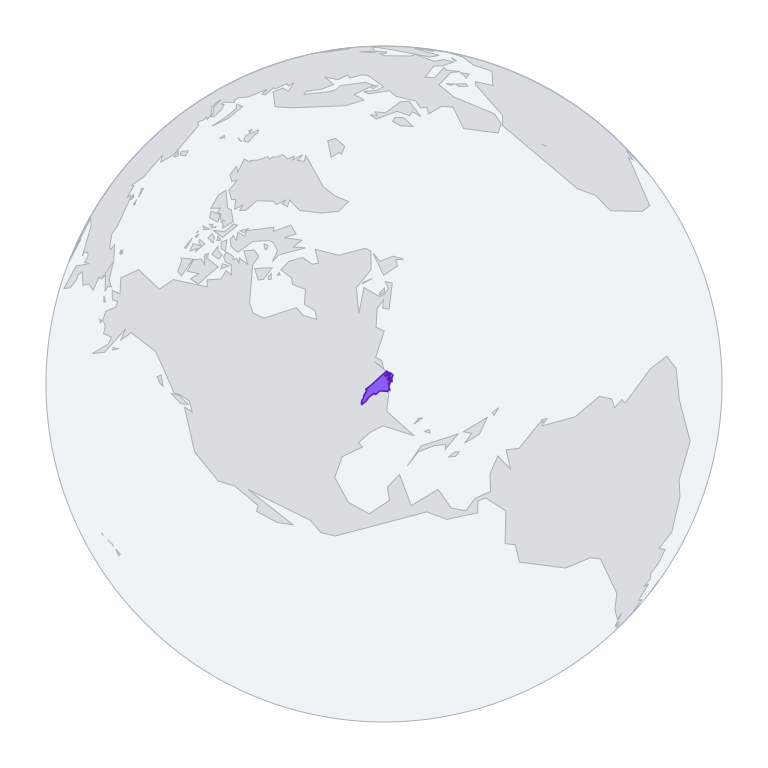 North Carolina on an orthographic globe, rotated 318°
{"feature_id": "USA-3549", "entity_name": "North Carolina", "entity_type": "State", "adm_level": 1, "iso_a3": "USA", "parent_name": "United States of America", "parent_adm1": "", "projection": "orthographic", "projection_center": [-78.085, 35.229], "detail": "fine", "context": "on_globe", "style": "filled", "palette": "violet", "viewbox_px": 768, "rotation_deg": 318, "n_neighbors": 0, "source": "natural_earth", "source_scale": "10m", "svg_char_len": 14926}
<svg xmlns="http://www.w3.org/2000/svg" viewBox="0 0 768 768"><g transform="rotate(318 384 384)"><circle cx="384" cy="384" r="338" fill="#eef3f6" stroke="#a8b0b8"/><path d="M383.4,536.9L375.4,533.6L367.6,542.5L340.1,526.7L330.3,507.7L246.3,464.5L237.8,452.5L238.0,435.9L212.4,371.4L222.4,428.3L211.9,415.1L204.1,393.5L209.2,390.4L204.9,360.1L196.0,345.4L197.7,308.1L220.3,267.6L222.8,276.5L227.9,266.5L225.1,255.1L222.1,250.2L236.1,207.2L230.5,176.8L217.8,175.2L229.1,170.0L197.7,173.5L187.6,166.1L205.7,169.8L212.8,166.9L209.3,159.0L215.8,154.4L217.8,148.3L225.9,143.9L235.8,147.4L241.2,144.8L238.5,139.6L244.8,132.4L248.0,140.4L259.4,129.1L278.2,134.9L280.4,163.2L297.5,165.6L317.5,193.6L322.3,188.3L333.0,196.8L342.6,194.1L343.6,200.9L350.4,193.1L347.7,187.5L349.8,182.4L355.2,180.5L357.4,188.6L355.0,190.6L358.5,192.1L357.2,197.1L360.9,193.6L362.9,204.1L369.0,191.3L377.3,197.7L376.4,205.4L366.0,207.6L338.3,233.9L334.2,243.9L338.9,254.9L369.9,268.6L369.8,279.0L377.2,290.9L382.1,283.3L378.1,271.5L389.0,261.2L382.7,248.8L386.2,243.2L383.9,230.1L395.6,229.2L408.2,235.7L410.7,246.8L416.2,250.4L423.0,238.0L436.5,258.0L460.8,270.6L463.0,276.6L451.0,290.3L427.8,294.0L412.1,315.1L433.7,298.9L439.0,315.7L444.7,317.8L451.1,315.9L453.5,308.8L457.7,314.5L437.9,331.7L433.8,326.8L440.1,321.1L429.3,323.3L416.0,336.6L419.7,344.8L395.6,358.7L398.0,365.1L394.1,372.2L391.9,360.8L395.3,382.0L367.7,406.1L371.8,442.7L355.3,414.4L341.9,410.7L325.7,410.5L326.1,416.4L304.3,410.1L284.9,420.4L278.3,448.1L286.1,470.6L310.3,474.2L317.4,463.0L335.0,461.7L322.8,492.6L353.7,498.5L350.9,521.2L360.0,532.9L375.3,530.0L391.3,535.2L402.4,521.9L420.4,513.7L421.1,531.8L430.8,514.5L441.1,522.2L476.7,516.6L474.0,521.1L504.1,536.3L535.8,537.3L543.1,547.5L539.4,556.0L550.2,554.8L550.4,559.6L592.3,551.0L612.8,552.5L611.4,568.1L593.0,593.1L573.3,631.3L539.3,652.6L528.6,665.7L498.7,686.6L478.3,690.3L482.1,695.0L469.2,700.6L455.5,703.2L451.4,707.0L441.2,708.5L446.9,709.6L428.3,715.1L431.3,716.8L417.3,719.6L419.6,719.8L415.0,720.3L409.7,720.8L408.6,721.0L395.3,721.4L393.6,719.9L399.9,718.5L393.9,718.4L407.3,713.4L400.1,714.8L405.1,705.6L417.0,695.4L427.8,659.0L421.2,651.2L395.8,642.3L365.5,607.0L374.1,591.4L367.2,583.7L389.6,559.9L383.4,536.9ZM71.8,334.1L74.2,327.1L74.0,334.0L71.8,334.1ZM74.9,321.2L74.2,323.9L74.6,321.3L74.9,321.2ZM74.6,318.3L74.8,320.4L74.3,318.6L74.6,318.3ZM73.9,315.1L74.4,316.5L74.2,316.6L73.9,315.1ZM370.3,454.8L405.6,470.7L385.8,473.6L389.5,470.4L380.5,463.6L363.8,457.3L346.4,460.6L370.3,454.8ZM74.0,308.2L74.1,306.3L74.8,307.0L74.0,308.2ZM385.4,434.8L379.3,433.6L385.2,433.3L385.4,434.8ZM219.6,249.0L224.4,255.5L224.5,267.9L219.8,262.8L219.6,249.0ZM220.4,226.8L224.5,228.0L218.3,237.7L217.9,234.0L220.4,226.8ZM207.2,175.6L209.9,179.7L205.1,177.4L207.2,175.6ZM216.7,148.3L213.9,148.8L216.1,145.5L216.7,148.3ZM377.7,231.6L380.7,230.9L379.6,233.7L377.7,231.6ZM373.8,226.9L370.3,230.6L367.9,228.9L370.1,226.6L373.8,226.9ZM230.5,135.9L235.0,130.9L232.2,136.5L230.5,135.9ZM378.7,222.7L364.2,225.5L360.1,222.6L365.2,211.7L378.7,222.7ZM238.8,128.4L249.5,117.1L244.2,116.9L265.3,111.9L249.2,122.7L246.5,129.4L244.0,126.7L238.8,128.4ZM344.5,186.5L347.6,192.4L340.0,189.3L344.5,186.5ZM339.1,185.9L312.7,185.4L310.7,176.4L320.0,178.1L313.4,168.5L325.5,164.2L331.8,168.6L330.6,175.1L336.1,168.7L339.1,185.9ZM275.3,111.4L279.4,109.5L277.0,112.3L275.3,111.4ZM350.0,180.1L344.9,180.5L342.8,172.7L352.8,170.4L350.2,173.6L350.0,180.1ZM305.8,168.3L306.0,162.4L315.9,157.2L317.3,154.4L325.6,163.4L305.8,168.3ZM353.5,174.5L357.9,169.6L363.8,171.8L354.9,179.2L353.5,174.5ZM338.1,171.7L337.6,168.0L341.1,169.3L338.1,171.7ZM387.2,177.8L381.1,177.9L379.5,173.7L387.2,177.8ZM359.1,167.7L357.1,166.9L355.8,165.5L359.8,162.9L359.1,167.7ZM331.9,159.4L336.0,158.7L329.0,155.4L336.1,151.9L340.4,158.7L341.5,154.3L343.7,153.2L344.7,160.1L331.9,159.4ZM360.0,155.9L367.8,164.2L379.6,164.5L381.3,168.1L362.1,167.0L360.0,155.9ZM350.9,157.7L356.9,157.3L356.1,161.7L351.4,164.7L350.9,157.7ZM339.4,147.2L327.4,150.8L326.9,149.2L339.4,147.2ZM363.6,155.1L361.6,153.2L364.5,154.6L363.6,155.1ZM347.0,148.5L342.8,149.8L342.4,148.0L347.0,148.5ZM361.1,148.4L363.6,150.9L360.6,152.9L361.1,148.4ZM354.8,147.7L355.1,144.9L358.0,152.1L353.0,148.6L354.8,147.7ZM347.2,146.5L345.6,145.9L349.0,146.2L347.2,146.5ZM371.3,139.9L375.6,148.5L368.8,152.6L365.6,143.6L371.3,139.9ZM408.7,721.0L396.2,721.5L408.1,721.0L417.7,720.1L425.3,719.4L408.7,721.0ZM444.6,716.3L455.0,714.2L457.0,713.8L450.4,715.3L444.6,716.3ZM656.5,184.2L655.0,182.2L654.7,181.8L654.2,181.1L659.7,188.6L661.3,190.9L658.5,187.4L661.8,191.6L675.3,212.7L687.2,234.8L697.4,257.7L705.9,281.2L712.7,305.4L717.6,330.0L720.7,354.9L721.9,379.9L721.3,405.0L721.4,399.9L721.2,376.4L720.2,372.6L719.1,383.9L717.0,379.4L715.6,385.0L700.8,429.2L691.4,428.6L668.3,406.8L667.4,385.4L658.5,368.5L645.0,271.2L651.9,263.8L652.4,223.0L654.2,220.5L664.7,235.0L673.6,223.9L663.9,206.9L661.4,193.5L652.9,179.7L631.2,155.0L644.9,176.8L636.8,171.5L617.4,145.9L603.9,128.8L600.3,126.3L600.0,130.5L588.0,120.8L598.9,131.8L601.1,131.6L608.1,138.9L606.5,139.6L602.3,135.9L603.8,140.2L623.5,158.3L627.8,160.0L637.4,178.0L645.6,183.0L651.3,191.4L639.7,186.2L634.0,181.0L619.8,183.4L626.7,190.3L640.5,188.9L640.2,192.1L649.6,202.9L642.2,197.3L625.2,198.3L627.9,217.3L646.9,257.1L645.2,268.9L636.7,273.8L614.1,247.4L620.5,224.4L612.6,216.1L597.9,213.2L601.1,206.9L595.9,203.4L597.0,195.1L585.3,178.0L584.4,169.7L567.2,158.4L564.4,153.0L575.4,161.0L582.6,162.6L578.8,144.2L574.3,139.3L563.4,133.8L563.8,130.0L553.7,127.2L545.3,116.1L547.0,127.7L534.3,122.9L522.3,114.5L518.4,115.4L537.9,129.4L545.4,133.3L551.3,133.1L572.0,147.4L576.0,154.9L555.6,148.9L559.1,159.5L541.6,151.4L499.6,116.4L488.6,105.1L497.1,92.7L507.0,96.5L508.9,102.6L518.9,99.8L512.5,98.6L512.7,95.9L500.6,91.8L500.2,89.8L489.2,89.8L487.4,86.9L494.4,86.9L474.9,79.7L467.6,73.9L463.4,73.4L460.9,74.5L453.4,67.2L450.6,67.2L452.0,69.5L447.4,71.2L436.2,71.7L434.2,69.2L438.0,68.6L442.9,64.1L453.2,63.8L451.2,63.0L441.8,62.7L435.8,68.0L429.7,69.1L431.1,66.0L430.1,67.2L426.4,67.0L420.9,64.6L418.7,68.0L380.9,72.8L366.5,69.8L372.0,65.7L343.5,69.3L329.5,67.4L330.8,69.3L318.0,73.5L322.2,74.0L321.9,75.3L291.0,88.5L282.2,90.3L270.4,99.9L271.1,101.1L276.9,100.2L265.3,111.9L244.2,116.9L243.7,113.7L230.8,119.7L231.6,112.1L226.3,109.3L234.8,98.8L229.8,98.2L225.3,100.7L215.2,102.5L210.1,98.9L234.2,90.3L245.8,97.6L242.8,93.1L249.4,91.1L252.0,87.8L249.3,85.5L245.4,87.1L271.6,70.8L277.1,64.5L262.3,70.3L252.5,73.6L247.9,74.7L270.3,65.8L293.2,58.5L316.6,52.9L340.3,48.9L364.3,46.7L388.3,46.1L412.3,47.3L436.2,50.1L459.8,54.7L483.1,60.9L505.8,68.8L527.9,78.3L549.3,89.3L569.8,101.8L589.4,115.7L608.0,131.0L625.4,147.6L641.6,165.3L656.5,184.2ZM661.1,310.9L664.2,316.5L661.1,310.9ZM575.4,105.5L573.5,104.5L563.2,97.7L558.1,94.9L562.2,97.9L581.6,111.0L585.3,112.6L575.4,105.5ZM477.8,516.2L482.1,518.9L476.5,520.0L477.8,516.2ZM383.3,481.5L390.7,481.8L394.6,484.6L388.9,485.7L383.3,481.5ZM445.1,477.8L453.4,478.4L444.8,481.0L445.1,477.8ZM411.1,472.6L438.3,478.0L421.5,485.1L404.3,481.8L416.1,479.4L411.1,472.6ZM382.3,446.5L386.9,447.8L385.6,451.5L382.3,446.5ZM389.7,434.7L387.9,435.1L385.6,432.1L389.7,434.7ZM440.2,314.6L441.9,313.4L448.5,313.0L445.6,316.3L440.2,314.6ZM476.1,294.9L482.1,304.5L475.8,299.5L473.1,305.4L456.5,303.0L463.3,279.6L463.2,290.3L476.1,294.9ZM436.3,294.4L446.0,297.8L435.1,295.1L436.3,294.4ZM566.1,194.7L570.8,193.3L576.8,199.1L577.8,211.9L569.2,203.3L566.1,194.7ZM576.1,190.1L555.5,181.9L554.0,174.4L558.3,179.9L559.4,175.7L566.6,183.5L585.3,185.3L591.8,190.7L590.3,210.0L587.2,200.3L582.8,202.0L576.1,190.1ZM505.5,181.8L496.5,180.2L504.9,165.6L512.3,168.9L513.8,181.2L506.0,184.7L505.5,181.8ZM390.5,203.8L386.5,205.6L385.9,203.1L388.8,199.6L390.5,203.8ZM384.5,178.2L407.2,193.9L403.8,196.6L421.1,203.7L419.0,213.7L407.8,208.6L419.1,222.1L408.2,221.5L416.8,230.2L392.2,217.7L382.8,218.4L394.1,213.7L396.4,204.3L394.5,200.5L382.3,190.5L363.2,188.2L362.4,179.3L366.8,173.6L371.3,172.8L370.4,178.7L377.0,173.4L379.2,181.4L384.5,178.2ZM420.0,123.5L417.1,128.8L430.7,123.2L432.9,129.6L434.3,128.6L440.1,133.2L449.6,137.3L449.1,140.4L453.0,140.7L456.9,144.1L462.2,145.7L463.0,152.1L469.5,154.7L466.2,156.4L477.1,159.3L469.4,160.1L473.7,165.1L478.9,161.7L470.9,196.5L473.5,211.8L479.9,224.6L465.8,225.3L450.9,214.2L437.5,198.5L437.0,184.2L430.8,187.6L428.7,181.9L434.5,181.6L424.3,178.8L424.1,174.2L412.2,162.7L397.5,162.4L392.8,158.6L398.5,156.4L389.8,154.2L397.3,147.7L394.1,145.0L398.3,136.4L411.1,134.4L406.5,131.6L409.5,125.4L420.0,123.5ZM372.9,137.5L387.6,132.8L396.1,134.3L385.3,148.9L387.2,152.2L380.5,162.5L368.4,160.3L371.4,157.5L371.5,154.3L375.3,156.2L372.3,152.3L376.4,148.5L375.2,144.6L380.3,144.0L372.9,137.5ZM649.8,211.8L650.0,209.0L648.9,203.6L654.8,210.7L649.8,211.8ZM638.7,212.7L637.9,209.1L645.8,215.5L645.5,218.8L638.7,212.7ZM630.9,202.0L637.3,208.4L633.7,206.9L630.9,202.0ZM574.0,157.7L572.4,154.0L574.8,154.7L578.8,158.1L574.0,157.7ZM460.8,111.2L457.8,113.3L455.7,112.3L444.7,113.4L442.2,109.1L447.8,106.8L460.8,111.2ZM637.3,162.0L643.7,169.7L643.2,169.8L641.1,167.1L637.3,162.0ZM652.6,190.6L652.3,186.4L654.2,192.6L652.6,190.6ZM456.2,106.8L452.0,107.6L453.3,105.1L456.2,106.8ZM439.7,106.2L440.2,103.1L440.6,108.8L439.7,106.2ZM428.7,77.3L446.8,80.0L458.2,80.3L462.0,77.4L464.5,83.1L446.9,82.6L428.7,77.3ZM387.1,73.3L383.8,76.7L380.0,75.2L380.2,74.3L387.1,73.3ZM388.8,75.4L394.6,79.7L389.3,81.7L385.8,77.8L388.8,75.4ZM426.1,91.5L431.6,92.4L430.4,94.4L426.1,91.5ZM236.9,79.8L254.8,73.1L255.5,73.6L233.5,81.8L238.7,79.2L236.3,80.1L231.5,82.4L236.9,79.8ZM277.4,108.4L279.2,109.4L275.4,110.1L277.4,108.4ZM324.5,75.5L323.4,77.4L319.1,77.7L324.5,75.5ZM318.0,83.1L323.7,81.4L318.5,84.2L318.0,83.1ZM336.2,77.7L326.4,81.2L334.6,76.5L336.2,77.7Z" fill="#d9dde1" stroke="#a8b0b8" stroke-width="1"/><path d="M393.7,376.1L393.7,376.5L394.0,376.8L394.0,377.0L394.2,376.8L394.3,376.8L394.3,377.2L394.5,377.6L395.0,378.8L394.8,378.8L394.6,378.6L394.6,378.3L394.4,378.0L394.3,377.9L394.2,377.8L394.2,377.6L393.9,377.5L394.1,377.7L394.2,378.1L394.4,378.4L393.8,378.2L393.6,378.0L393.3,377.7L392.9,377.6L393.0,377.5L392.9,377.7L393.2,377.8L393.4,378.1L393.5,378.2L393.5,378.3L393.3,378.5L393.1,378.6L392.5,378.1L392.6,378.3L393.0,378.7L392.9,378.8L392.3,378.5L392.1,378.3L391.7,378.2L391.9,378.4L392.5,378.8L392.0,378.9L391.9,378.9L392.0,379.0L391.9,379.1L391.7,379.2L391.4,379.3L391.2,379.3L391.0,379.0L390.9,379.2L390.7,379.1L390.5,378.3L390.7,377.7L390.4,377.5L390.6,377.7L390.3,378.1L390.3,378.7L390.4,379.0L390.6,379.2L390.6,379.4L390.5,379.7L391.3,379.8L391.9,379.5L392.1,379.5L392.1,379.8L392.3,379.7L392.7,379.8L392.5,379.6L393.0,379.4L393.5,379.4L393.8,379.5L393.7,379.6L393.6,379.8L393.8,379.8L393.7,380.0L393.7,380.4L393.7,380.6L393.4,380.6L393.5,380.7L393.8,380.9L393.7,381.0L393.8,381.1L393.7,381.2L393.3,381.1L393.4,381.3L393.5,381.3L393.8,381.3L394.0,380.9L394.0,380.0L394.3,379.8L394.4,380.0L394.6,380.0L394.5,379.9L394.4,379.7L394.7,379.8L394.8,379.7L394.6,379.7L394.7,379.4L395.0,379.7L395.3,380.3L395.2,380.7L395.3,381.1L395.1,381.1L395.2,381.4L395.2,381.6L395.0,381.8L394.8,381.9L394.8,381.7L394.6,381.7L394.5,381.8L394.2,382.1L394.1,382.3L394.0,382.5L393.9,382.8L393.7,382.6L393.7,382.9L393.7,383.0L393.3,383.2L392.9,383.2L392.7,383.2L392.3,382.8L392.3,383.0L392.2,383.3L392.0,383.1L392.1,382.7L391.9,382.9L391.7,382.9L391.8,383.1L391.6,383.0L391.5,382.8L391.6,382.7L391.3,382.6L391.3,382.4L391.6,382.3L391.8,382.1L391.2,382.1L390.9,382.2L391.1,382.4L391.0,382.5L391.1,382.8L391.1,383.0L390.9,382.8L390.9,382.7L390.8,382.8L390.6,382.8L390.4,382.8L390.1,382.6L389.2,382.4L389.0,382.2L389.1,382.4L389.2,382.5L389.3,382.7L389.5,382.6L390.1,383.0L390.4,383.0L390.7,383.2L391.6,383.5L391.8,383.7L391.7,383.9L391.3,383.9L391.5,384.0L391.2,384.1L390.8,384.3L391.2,384.4L391.3,384.4L391.2,384.3L391.3,384.2L391.4,384.4L391.4,384.6L391.1,384.7L391.1,384.8L390.6,385.2L390.6,385.3L390.4,385.4L390.0,385.4L389.9,385.3L389.5,384.9L389.3,384.8L389.0,384.5L388.9,384.4L389.5,385.4L390.2,385.6L390.4,385.8L391.0,385.4L391.5,385.7L391.3,385.3L391.6,385.3L391.7,385.1L391.9,384.9L392.0,385.0L391.9,385.2L392.1,385.4L391.8,385.5L392.2,385.6L392.3,385.5L392.5,385.4L392.4,385.1L392.5,385.2L392.8,385.5L392.6,385.6L392.4,385.6L392.5,385.9L392.4,386.0L392.2,386.1L391.7,386.6L391.7,386.8L391.3,386.8L391.3,386.7L391.1,386.4L391.0,387.0L390.9,386.9L390.8,386.5L390.5,386.6L390.4,386.8L390.6,386.7L390.7,386.9L389.8,386.9L388.8,387.2L388.7,386.7L388.7,386.9L388.6,387.2L388.4,387.1L388.5,387.3L388.3,387.4L388.0,387.7L387.7,387.9L387.3,387.8L387.6,387.4L387.3,387.0L387.4,386.9L387.2,386.9L387.2,387.2L387.3,387.2L387.4,387.4L387.4,387.5L387.2,387.6L387.2,387.8L387.4,387.9L387.4,388.1L386.7,388.5L386.0,389.0L385.7,389.4L385.5,389.8L385.2,390.0L385.0,390.5L384.9,391.5L384.7,391.7L384.8,391.2L384.8,390.8L384.8,390.6L384.6,390.1L384.7,390.8L384.7,391.2L384.6,391.5L384.4,391.8L383.2,391.7L382.8,391.8L382.6,391.7L382.4,391.8L381.7,392.0L381.7,391.9L376.4,386.5L376.2,386.4L370.9,386.2L370.9,385.4L370.3,384.5L369.8,384.8L369.7,384.8L369.7,384.6L369.8,384.4L369.7,384.2L363.8,383.7L363.4,383.7L363.1,383.7L363.1,383.8L361.9,384.1L361.5,384.4L361.4,384.3L359.8,384.7L353.9,384.5L354.2,383.1L354.5,382.9L354.7,383.0L355.2,382.9L355.4,382.7L355.5,382.2L355.7,381.9L356.0,381.8L356.2,381.5L356.9,381.2L357.5,381.2L357.7,381.3L358.1,381.3L358.8,380.8L359.1,380.7L359.3,380.5L359.7,380.3L360.2,380.1L360.6,380.1L361.0,379.6L361.0,379.4L361.0,379.2L361.5,379.3L361.6,379.1L361.7,378.9L362.4,378.6L362.5,378.8L362.5,379.1L363.0,379.0L363.3,378.6L363.6,378.4L364.1,378.2L364.4,378.1L364.6,378.2L364.8,378.4L365.0,378.5L365.3,378.3L365.8,377.4L365.9,377.2L366.3,377.0L366.8,377.1L366.6,376.8L366.9,376.3L366.8,376.0L367.1,375.6L369.1,375.9L374.5,376.2L393.7,376.1ZM394.6,376.1L394.9,377.7L395.3,378.6L396.0,379.9L396.2,380.5L396.1,380.4L396.0,380.2L395.8,379.8L395.5,379.3L395.4,379.4L395.3,379.2L395.5,379.2L395.4,379.0L395.2,378.7L395.0,377.9L394.8,377.6L394.7,376.9L394.4,376.1L394.6,376.1ZM396.4,380.8L396.6,381.7L396.5,383.2L396.4,383.7L396.2,383.8L395.3,384.1L395.5,383.8L396.4,383.5L396.5,382.5L396.5,382.1L396.5,381.9L396.5,381.5L396.2,380.6L396.3,380.6L396.4,380.8ZM392.1,386.5L393.1,385.6L393.0,385.8L392.2,386.5L391.5,387.7L391.6,387.4L392.1,386.5ZM395.5,380.0L395.2,379.7L395.3,379.6L395.6,379.8L395.8,380.1L395.8,380.3L395.6,380.3L395.5,380.0ZM389.0,387.2L390.6,387.0L390.8,387.0L390.1,387.1L388.8,387.4L389.0,387.2ZM394.3,376.1L394.4,376.4L394.1,376.4L394.0,376.2L393.8,376.1L394.3,376.1ZM386.5,388.7L387.6,388.1L387.4,388.3L386.8,388.6L386.2,389.1L386.5,388.7ZM394.1,384.5L394.3,384.5L395.2,384.1L394.9,384.3L394.5,384.4L394.0,384.8L394.1,384.5ZM384.6,391.9L384.7,391.7L384.6,392.1L384.3,392.0L384.4,391.8L384.6,391.9ZM391.4,387.2L391.5,387.4L391.4,387.4L390.9,387.1L391.4,387.2ZM393.7,384.8L393.9,384.9L393.4,385.3L393.6,385.1L393.7,384.8ZM385.0,390.7L385.2,390.3L385.3,390.2L385.1,390.7L385.0,390.7Z" fill="#8b5cf6" stroke="#5b21b6" stroke-width="1.5"/></g></svg>